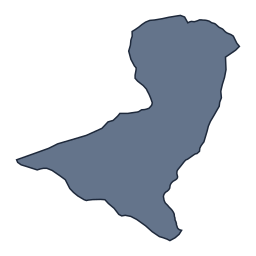 Thedtsho, Wangdi Phodrang, Bhutan
{"feature_id": "84629894B76025461135829", "entity_name": "Thedtsho", "entity_type": "district", "adm_level": 2, "iso_a3": "BTN", "parent_name": "Bhutan", "parent_adm1": "Wangdi Phodrang", "projection": "orthographic", "projection_center": [89.894, 27.49], "detail": "fine", "context": "isolated", "style": "filled", "palette": "slate", "viewbox_px": 256, "rotation_deg": 0, "n_neighbors": 0, "source": "geoboundaries", "source_scale": "gbopen_adm2", "svg_char_len": 2355}
<svg xmlns="http://www.w3.org/2000/svg" viewBox="0 0 256 256"><path d="M16.6,159.8L17.7,162.4L21.1,164.8L26.3,166.4L34.4,169.0L37.2,169.9L40.8,168.8L43.5,168.3L46.8,168.3L52.1,170.4L60.4,176.1L65.3,179.7L69.8,188.5L73.5,192.4L77.9,196.0L84.1,199.7L86.4,200.5L88.1,200.1L92.7,199.6L100.6,199.4L104.9,199.7L108.4,203.5L114.1,208.3L118.8,214.4L121.7,215.9L125.3,215.3L130.8,216.4L136.8,219.5L145.6,225.8L152.2,231.7L159.4,236.6L163.1,237.7L167.2,239.2L169.9,240.6L175.2,237.7L179.1,234.3L181.6,230.3L179.4,229.7L178.0,228.6L177.4,227.7L177.1,226.6L176.4,224.6L176.4,223.5L175.8,221.5L175.1,220.1L174.9,217.8L174.4,216.4L174.3,215.2L174.2,214.1L173.7,212.9L173.1,211.8L172.2,210.4L170.9,208.9L169.1,207.1L167.6,205.3L166.5,204.2L165.3,203.0L164.6,201.6L164.0,200.1L163.8,198.7L163.4,196.6L163.8,194.7L164.4,193.7L165.0,192.8L166.0,191.9L167.2,191.2L168.8,189.7L169.7,188.2L170.1,185.4L170.6,184.2L171.4,182.9L173.0,181.3L175.6,179.8L176.7,178.9L177.4,177.9L177.6,176.8L177.3,175.4L176.8,173.7L177.0,171.2L177.7,169.8L179.3,167.8L180.3,166.6L184.0,161.9L185.7,160.0L186.9,159.5L187.9,159.0L193.8,154.8L195.5,153.8L196.9,153.6L199.5,151.3L199.8,148.3L201.0,145.8L202.5,143.7L203.9,141.9L207.2,130.8L208.3,126.3L210.4,121.4L213.9,115.5L216.3,111.3L219.2,106.3L219.7,102.2L221.4,97.8L220.8,91.5L221.1,89.8L222.4,84.3L224.5,77.5L226.0,69.7L225.5,57.1L235.6,50.2L239.4,46.4L236.8,43.2L233.3,36.1L231.0,34.6L227.3,33.1L226.1,32.4L225.1,31.6L224.1,30.6L223.0,29.4L222.0,28.7L219.9,27.7L218.8,27.1L215.4,24.0L213.9,23.3L212.8,23.1L211.4,22.6L209.3,21.2L207.0,20.5L205.4,20.2L203.1,20.1L201.3,19.9L199.4,19.9L198.2,20.5L195.9,21.3L194.4,21.7L192.9,21.6L191.4,21.4L189.6,21.9L187.8,22.8L184.6,17.0L180.4,15.4L175.3,16.2L172.3,16.7L171.1,16.9L169.1,17.2L162.2,18.7L154.4,20.0L149.8,20.4L145.6,22.1L142.0,24.5L138.7,27.2L134.9,29.8L132.1,31.5L132.2,36.2L130.9,40.1L130.4,45.2L128.7,51.1L130.9,59.3L134.4,65.9L136.1,67.8L136.1,69.7L135.1,75.1L135.1,78.3L137.6,81.1L140.1,83.1L143.2,85.5L146.5,89.2L147.1,90.6L149.1,94.4L150.7,98.2L152.3,102.8L151.7,105.2L150.6,106.5L149.1,108.2L146.3,109.2L144.4,109.6L141.6,109.8L138.6,111.7L137.0,112.1L135.3,112.3L131.7,112.8L128.0,113.4L123.7,113.4L119.9,113.4L117.7,116.1L113.2,120.4L108.0,121.9L102.0,128.3L86.3,135.4L57.5,143.9L53.8,145.8L48.5,148.4L36.0,152.9L16.6,159.8Z" fill="#64748b" stroke="#1e293b" stroke-width="1.5"/></svg>